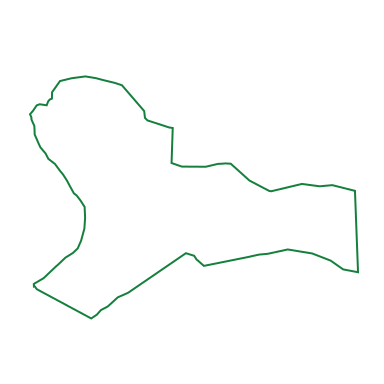 outline of Obudu, Cross River, Nigeria, rotated 267°
{"feature_id": "59680162B9948575660850", "entity_name": "Obudu", "entity_type": "district", "adm_level": 2, "iso_a3": "NGA", "parent_name": "Nigeria", "parent_adm1": "Cross River", "projection": "natural_earth1", "projection_center": [9.084, 6.544], "detail": "fine", "context": "isolated", "style": "outline", "palette": "green", "viewbox_px": 384, "rotation_deg": 267, "n_neighbors": 0, "source": "geoboundaries", "source_scale": "gbopen_adm2", "svg_char_len": 1258}
<svg xmlns="http://www.w3.org/2000/svg" viewBox="0 0 384 384"><g transform="rotate(267 192 192)"><path d="M117.6,200.0L124.6,247.8L124.4,246.0L126.0,255.8L126.3,264.3L129.6,284.6L124.3,308.9L116.2,326.9L106.8,338.9L103.2,353.6L184.6,354.8L191.5,332.5L191.0,319.9L194.3,302.2L188.6,271.1L189.0,269.2L200.4,250.0L200.6,249.8L218.2,232.2L218.8,226.8L218.7,224.4L218.7,219.3L216.5,207.1L217.9,183.2L222.0,173.1L256.9,176.1L257.7,172.4L265.8,151.3L268.5,148.9L275.3,148.5L302.3,127.6L305.0,120.6L308.4,109.2L310.7,102.1L313.0,91.6L311.9,77.7L309.7,66.0L299.0,57.5L292.6,57.0L291.8,54.8L290.0,53.1L286.2,51.4L287.6,44.5L286.6,41.4L281.2,37.3L278.1,34.3L276.1,35.1L274.9,35.5L272.7,35.5L266.2,38.0L261.9,38.0L257.6,37.9L254.3,39.2L247.8,41.6L244.6,42.9L241.0,45.6L238.3,47.7L232.6,50.3L227.2,56.6L219.6,61.6L216.3,64.1L209.8,67.8L204.4,70.3L196.8,74.0L194.6,76.6L189.2,80.3L182.7,84.0L172.8,83.9L171.8,83.9L161.0,82.6L149.2,78.7L148.0,78.1L141.6,74.9L137.3,69.8L133.1,62.2L126.6,54.6L125.7,53.5L125.3,52.9L120.2,46.9L113.7,39.3L108.9,30.0L108.4,29.2L106.6,29.2L106.8,29.4L103.0,32.0L71.0,84.7L74.5,90.6L78.8,94.8L82.1,101.9L90.7,112.4L94.7,122.9L131.2,182.7L128.2,190.8L124.2,193.1L123.3,194.2L117.6,200.0Z" fill="none" stroke="#15803d" stroke-width="2"/></g></svg>